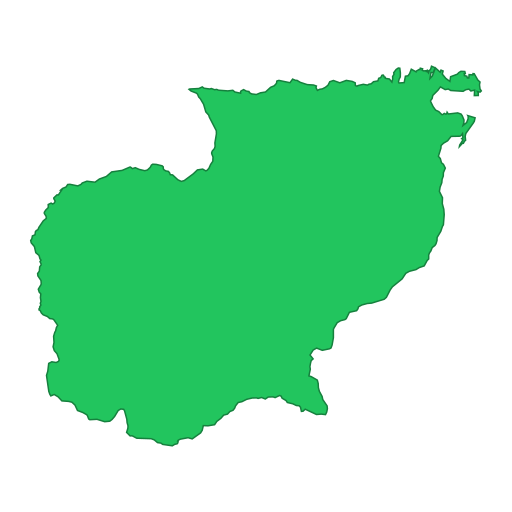 the district of Belis, Cluj, Romania
{"feature_id": "2599482B26084310177875", "entity_name": "Belis", "entity_type": "district", "adm_level": 2, "iso_a3": "ROU", "parent_name": "Romania", "parent_adm1": "Cluj", "projection": "mercator", "projection_center": [22.964, 46.612], "detail": "fine", "context": "isolated", "style": "filled", "palette": "green", "viewbox_px": 512, "rotation_deg": 0, "n_neighbors": 0, "source": "geoboundaries", "source_scale": "gbopen_adm2", "svg_char_len": 5870}
<svg xmlns="http://www.w3.org/2000/svg" viewBox="0 0 512 512"><path d="M162.7,444.4L172.3,445.8L174.8,444.3L177.1,443.8L177.8,442.9L178.1,441.4L177.6,441.2L178.0,440.4L180.2,439.2L188.1,437.7L192.2,438.9L200.6,432.9L202.2,430.3L203.3,425.6L208.0,425.8L214.6,424.7L216.8,421.4L220.8,418.4L223.7,415.1L227.5,414.1L229.9,411.5L233.0,410.3L234.6,408.3L235.6,405.8L238.2,402.5L241.9,401.7L246.7,399.3L252.3,398.0L256.6,397.9L258.1,398.4L261.6,397.5L265.3,399.0L268.3,397.0L273.2,396.9L275.1,397.6L279.5,395.5L281.1,396.1L282.1,398.2L286.1,400.6L287.3,402.5L292.8,403.8L296.3,405.5L299.3,405.8L300.5,407.3L301.4,411.4L303.1,411.2L305.2,409.2L316.5,414.5L321.2,414.1L325.5,414.6L326.7,412.1L327.4,408.7L327.1,405.9L322.8,399.6L322.1,396.4L319.4,391.4L318.4,387.7L318.2,383.5L317.3,380.1L311.2,376.6L308.9,375.9L310.3,369.2L309.9,366.6L310.6,362.8L311.2,360.6L313.1,358.9L310.0,355.0L313.2,350.0L316.6,348.1L322.3,350.3L329.5,348.8L331.0,348.0L332.1,345.0L333.4,337.7L333.4,329.4L334.0,328.0L337.2,322.7L340.6,320.7L344.9,319.6L346.2,318.7L349.4,312.3L356.6,310.7L357.9,308.9L358.5,306.8L361.8,305.0L367.2,303.5L371.7,303.1L384.3,299.2L386.4,297.3L390.2,289.9L392.4,286.8L402.1,278.9L405.8,273.3L409.4,271.3L416.0,269.6L419.2,267.6L424.2,265.9L427.2,260.4L428.7,259.0L428.7,254.9L429.6,252.7L430.8,251.1L432.2,247.6L434.9,245.5L436.0,243.8L437.0,240.5L437.1,237.5L440.8,231.3L442.4,226.5L443.4,224.8L444.2,214.7L443.8,209.2L442.3,203.6L442.5,197.7L439.4,191.4L440.1,187.1L441.8,182.7L442.1,179.3L443.3,176.0L443.4,172.7L445.3,168.1L443.4,164.3L441.5,162.8L440.3,158.5L438.4,156.3L440.9,148.2L441.1,145.5L443.5,143.2L447.6,140.8L451.1,136.4L459.9,136.2L461.0,135.6L462.5,133.6L462.9,137.6L461.7,138.7L462.9,139.3L462.8,140.1L459.7,145.0L459.4,146.6L462.4,143.3L463.4,143.3L464.5,141.2L465.6,140.3L465.2,136.3L465.8,133.5L473.3,123.0L474.3,121.3L475.1,117.8L467.8,115.6L468.2,116.4L468.1,118.8L466.6,122.6L463.0,125.5L463.8,123.0L464.0,120.0L462.3,115.9L461.1,114.1L457.7,112.9L448.3,114.0L447.1,112.2L446.7,113.7L445.9,114.2L444.3,113.4L442.7,114.6L441.8,114.6L438.8,111.6L435.6,110.1L433.1,106.6L430.6,101.5L430.6,100.6L432.1,98.6L432.8,95.4L437.9,90.3L440.4,86.9L445.2,89.6L448.3,89.0L450.7,90.5L463.1,91.3L465.8,89.7L468.9,89.1L470.9,91.0L474.6,90.1L474.3,95.6L478.3,95.5L478.3,93.0L477.4,91.5L480.1,92.1L481.3,90.9L480.0,88.9L479.5,84.8L480.0,82.0L477.8,80.0L474.2,73.7L473.0,73.6L472.9,74.9L469.1,74.6L468.8,78.0L467.3,77.9L466.9,76.2L464.4,75.6L464.5,74.4L464.2,73.8L465.3,73.5L464.8,71.5L460.9,71.3L458.8,72.6L457.3,74.2L450.6,76.7L449.9,81.4L445.8,78.4L442.3,74.1L443.1,71.0L441.0,70.1L440.2,72.2L435.4,67.9L432.3,76.1L430.0,78.5L431.0,72.4L433.1,72.7L435.2,67.8L431.5,66.2L430.7,69.0L428.8,71.4L428.5,72.9L428.2,72.5L428.7,71.0L427.5,70.3L427.3,71.7L426.3,71.5L426.4,70.7L423.7,70.9L422.2,70.3L422.6,68.8L420.3,68.2L419.9,69.6L419.1,69.5L416.1,71.2L416.0,71.8L411.3,69.2L409.6,73.6L408.0,75.8L405.4,76.2L404.2,82.6L399.0,83.0L398.5,81.9L399.1,79.2L400.3,76.9L400.4,73.0L399.8,68.2L398.3,68.0L396.1,69.5L393.7,72.7L394.0,74.3L392.6,76.5L392.7,79.0L391.9,82.1L389.4,79.0L385.3,78.3L385.2,77.2L383.9,76.7L383.7,75.5L383.1,75.0L381.9,75.3L380.7,77.6L378.7,78.3L377.9,80.9L373.5,81.7L371.2,83.8L368.9,84.2L367.5,85.1L363.3,84.3L358.2,85.5L356.9,86.2L355.4,85.5L355.2,82.8L352.2,81.4L346.3,80.4L339.8,82.8L333.4,80.5L329.8,81.7L328.0,85.2L325.4,87.3L322.3,88.9L319.6,89.3L317.4,90.4L316.0,87.7L316.4,86.0L313.5,85.0L307.2,84.6L300.2,82.3L297.1,80.4L295.4,80.3L292.6,79.1L290.0,82.7L278.9,80.4L277.2,80.9L276.8,81.1L276.5,83.3L274.2,85.8L270.6,87.3L265.5,92.0L260.5,92.8L256.4,94.5L251.6,93.9L249.4,92.6L249.0,91.5L246.3,91.1L243.6,89.6L241.0,91.0L240.6,91.6L240.6,93.2L234.9,92.0L232.8,90.3L227.9,90.9L218.5,90.2L216.7,89.4L214.6,89.7L211.3,88.5L209.8,89.0L204.0,88.2L202.3,86.9L198.8,88.5L189.6,89.0L189.0,89.3L191.0,91.0L196.3,93.1L197.5,94.1L198.7,97.0L200.3,98.7L203.6,104.3L205.8,111.9L208.7,115.1L209.3,117.1L216.3,130.7L216.4,133.9L214.9,142.9L215.1,146.4L214.4,148.6L212.3,151.0L211.7,152.6L211.7,153.7L213.0,157.0L212.8,161.3L210.7,164.3L208.9,168.3L207.1,170.3L205.8,170.9L202.7,169.1L197.4,169.9L193.2,173.9L184.2,180.6L181.3,181.4L177.9,179.8L172.6,174.9L170.3,174.7L169.6,172.9L168.4,171.4L165.7,170.9L163.9,169.7L163.4,169.0L163.2,166.8L162.1,165.8L156.3,164.4L152.7,164.2L151.4,165.1L150.2,167.4L147.4,170.0L144.8,170.7L139.2,169.4L135.3,167.7L132.4,168.6L130.5,167.1L129.8,167.1L122.1,170.4L111.7,171.9L106.3,176.5L99.4,179.0L95.0,182.2L86.9,181.2L82.2,183.0L81.0,184.4L77.8,185.9L69.9,184.3L67.7,184.5L66.0,187.0L62.6,188.4L60.8,190.0L61.7,190.0L58.4,194.9L56.9,194.9L53.8,197.9L53.8,198.7L55.2,201.1L54.2,203.2L52.6,204.0L51.1,203.1L48.2,204.5L48.3,207.5L45.7,210.1L44.3,212.3L44.3,213.4L46.1,216.3L46.3,218.4L43.3,220.8L38.9,227.3L37.9,229.7L36.3,230.5L35.4,231.7L35.0,234.8L32.4,235.9L31.8,238.9L30.7,240.4L31.2,242.8L34.4,246.6L35.8,252.7L39.0,255.4L40.0,258.9L41.0,260.1L40.0,261.6L41.1,263.9L41.1,264.9L39.7,266.9L39.3,271.2L37.6,273.5L37.9,275.9L41.0,280.5L41.2,283.4L41.1,284.5L38.3,289.2L39.2,292.1L40.8,293.9L40.4,297.7L41.0,301.4L40.3,303.3L40.9,305.1L39.7,306.8L39.8,307.8L39.1,308.6L39.0,309.9L40.1,310.4L41.4,313.0L43.2,314.8L47.4,316.5L49.8,318.6L52.6,318.9L53.9,319.8L57.7,325.3L56.4,327.5L55.6,330.9L54.8,332.3L53.6,336.3L54.0,342.4L53.1,346.8L54.3,350.6L57.0,353.7L59.0,359.1L59.1,360.4L58.3,361.5L56.1,362.5L51.8,361.8L48.7,363.4L47.8,371.2L46.5,375.4L48.8,391.4L49.8,394.2L50.8,395.9L54.2,394.5L58.1,396.8L61.9,400.9L68.6,401.4L71.9,402.2L75.0,405.1L77.5,410.5L82.8,412.5L86.7,414.7L87.4,415.6L88.7,419.0L89.8,419.7L97.0,419.3L104.7,421.7L109.8,421.2L112.1,419.4L114.6,416.5L118.2,410.5L120.7,409.0L123.7,409.3L124.6,411.0L126.8,419.2L127.1,422.7L128.0,425.8L127.9,428.1L126.6,432.4L130.1,435.9L132.2,435.8L136.7,438.2L151.2,438.7L154.3,439.9L157.5,442.6L160.9,443.1L162.7,444.4Z" fill="#22c55e" stroke="#15803d" stroke-width="1.5"/></svg>